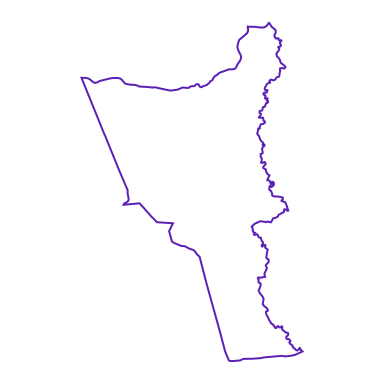 Siloe, Mohale's Hoek, Lesotho
{"feature_id": "5366337B49038686470651", "entity_name": "Siloe", "entity_type": "district", "adm_level": 2, "iso_a3": "LSO", "parent_name": "Lesotho", "parent_adm1": "Mohale's Hoek", "projection": "mercator", "projection_center": [27.347, -29.998], "detail": "fine", "context": "isolated", "style": "outline", "palette": "violet", "viewbox_px": 384, "rotation_deg": 0, "n_neighbors": 0, "source": "geoboundaries", "source_scale": "gbopen_adm2", "svg_char_len": 5935}
<svg xmlns="http://www.w3.org/2000/svg" viewBox="0 0 384 384"><path d="M288.2,210.6L286.5,205.2L285.4,202.5L284.9,202.0L281.7,201.1L281.5,200.6L281.5,200.4L282.7,199.3L283.0,198.7L282.8,197.7L281.6,197.2L280.3,196.9L277.2,196.5L274.4,196.5L272.4,195.8L272.1,195.2L272.1,193.5L271.1,191.0L269.7,190.1L269.2,189.5L269.5,186.5L269.7,186.1L270.4,186.0L271.0,186.8L271.6,187.0L273.2,185.7L273.8,185.0L274.0,183.9L273.9,183.2L273.7,182.5L273.2,182.1L272.6,181.8L272.0,181.8L271.8,182.1L272.3,183.0L272.3,183.7L272.0,184.2L271.2,184.4L270.7,183.9L269.8,181.1L268.7,180.2L267.4,180.4L267.4,179.8L267.6,178.9L269.5,175.6L269.5,175.3L268.0,174.4L267.0,173.3L266.0,171.2L265.8,170.2L265.9,169.5L263.4,168.1L263.2,167.7L263.3,166.8L264.3,165.5L265.4,164.7L265.6,163.9L265.2,162.4L264.5,162.0L262.3,163.0L261.1,162.5L261.6,161.0L261.8,158.6L260.8,156.9L260.6,155.8L260.9,154.8L260.7,154.0L262.6,153.2L262.7,152.4L262.0,148.8L262.6,147.6L264.5,145.6L264.6,145.0L264.3,144.6L263.0,145.2L262.7,145.0L262.6,144.5L263.2,143.6L262.9,142.6L261.0,140.8L260.1,139.4L258.9,135.8L257.9,134.9L257.7,134.2L257.2,133.7L258.1,130.4L258.1,128.8L258.3,128.5L259.3,128.7L259.7,128.5L259.8,126.3L260.8,124.4L261.2,124.2L263.4,123.9L264.1,123.0L264.8,122.8L265.1,122.0L264.2,120.9L263.4,120.4L263.4,119.4L263.0,117.8L262.6,117.6L260.5,117.8L259.2,117.6L258.9,117.3L259.0,117.0L260.4,115.5L261.1,114.1L261.0,113.8L259.6,112.8L259.4,112.1L259.6,111.3L259.9,111.0L261.7,110.6L262.2,110.1L262.6,109.1L262.6,107.9L262.9,107.3L263.5,106.9L264.6,106.9L265.1,105.9L266.1,103.3L266.3,103.1L267.5,102.8L268.1,102.2L268.1,101.6L267.8,100.9L266.7,100.6L266.6,100.3L266.8,99.7L267.6,98.8L267.5,98.3L265.8,98.5L265.0,98.3L265.6,96.0L264.7,95.4L264.6,94.8L263.7,94.6L263.4,93.8L263.4,93.4L264.2,92.8L265.3,92.5L266.3,92.7L266.8,92.4L267.0,91.3L267.5,90.5L267.5,90.3L267.0,90.1L265.4,90.2L264.9,89.4L264.7,88.9L265.1,87.3L267.0,84.0L267.6,83.5L270.1,82.7L270.1,82.2L269.3,81.4L269.7,80.5L270.1,80.1L271.3,79.6L273.0,80.3L273.6,80.3L275.0,79.7L275.8,78.8L276.6,77.3L279.0,76.6L279.4,75.5L279.5,73.8L280.2,70.8L280.2,70.3L279.9,69.6L280.1,68.4L281.7,68.0L282.6,68.1L283.7,68.5L284.2,68.5L285.0,67.9L285.4,67.1L285.3,66.5L282.7,64.2L281.3,63.4L280.6,62.4L279.8,59.6L278.3,57.5L276.9,56.4L276.4,54.5L276.8,52.9L278.5,50.9L279.3,49.2L279.0,48.2L278.3,47.4L278.4,46.9L280.1,46.6L280.8,45.8L281.0,45.2L280.1,43.7L280.0,42.3L281.1,41.2L281.4,40.7L280.9,40.1L280.3,40.4L279.1,40.3L278.4,39.5L278.6,38.6L278.2,38.2L277.3,38.2L276.3,38.5L275.6,38.4L274.3,35.7L275.8,32.2L275.7,30.8L275.4,30.0L274.7,29.2L273.9,28.8L273.3,28.0L271.8,27.0L269.4,23.2L268.6,23.0L268.1,24.2L266.8,25.7L264.9,27.1L263.4,27.5L258.8,27.4L256.2,26.9L248.5,26.7L247.8,26.5L247.7,27.4L248.1,28.9L247.9,31.7L247.2,32.5L247.0,33.3L239.3,39.8L238.6,41.4L237.5,45.9L237.5,47.8L238.8,51.5L240.7,55.1L241.2,57.6L240.1,60.7L237.4,64.4L237.1,65.3L236.0,67.6L234.8,68.7L233.9,69.0L232.7,69.3L228.8,69.3L222.9,71.6L221.2,72.0L219.5,72.9L218.6,73.4L217.1,74.9L214.8,76.2L213.5,77.8L212.6,79.8L211.7,80.6L210.6,81.1L210.0,81.6L209.3,82.9L206.7,85.0L202.8,86.3L202.2,86.8L201.2,87.2L200.4,87.1L199.1,85.6L198.5,84.4L197.6,84.1L196.2,84.4L195.0,85.6L194.1,86.1L191.6,86.2L190.5,86.6L189.7,86.9L189.0,87.7L187.8,88.0L183.1,87.5L181.9,87.8L177.7,89.6L170.7,90.6L166.9,89.9L154.5,87.2L152.7,87.6L147.6,87.0L138.9,86.5L137.6,85.6L134.8,84.9L130.5,84.7L126.4,84.0L125.1,83.6L122.1,80.1L120.3,78.5L117.8,78.0L112.9,78.0L110.2,78.4L99.7,81.0L97.4,82.3L95.1,82.9L93.3,82.2L89.5,79.1L87.8,78.3L85.2,77.9L81.5,77.8L104.5,134.6L104.9,135.2L119.3,170.7L127.6,190.1L127.6,193.7L128.5,197.7L128.6,200.1L127.5,201.8L124.1,203.6L123.6,204.8L139.5,203.3L142.5,206.5L151.6,216.8L153.4,218.5L156.9,222.2L173.0,223.3L169.1,231.1L172.0,241.7L174.5,243.1L181.2,245.9L184.7,246.2L189.2,248.6L192.8,249.8L194.3,250.6L197.4,254.8L199.6,256.8L206.7,284.1L220.0,332.0L225.1,351.4L229.0,360.6L230.1,361.0L234.0,361.0L240.1,360.4L243.3,358.9L252.7,358.7L260.8,358.1L264.0,357.4L280.0,356.0L282.2,355.9L285.0,356.4L289.3,356.0L294.6,355.0L302.5,351.5L301.3,350.2L300.7,350.0L300.3,349.4L300.2,348.3L299.6,348.0L298.3,349.8L297.3,350.5L296.2,350.2L294.1,348.1L292.9,347.3L292.7,347.0L292.6,345.6L290.2,343.9L289.4,342.6L289.4,342.2L290.4,341.4L289.8,340.0L289.2,339.4L288.5,339.1L286.8,339.0L286.3,338.1L286.2,337.4L286.5,336.5L287.8,335.6L288.2,334.7L288.2,333.6L287.9,333.0L286.7,332.8L285.1,332.0L282.4,329.6L281.9,328.4L282.3,327.0L282.1,326.4L281.9,326.3L280.3,327.3L279.4,327.4L278.0,326.1L276.9,326.8L276.5,327.8L275.6,328.0L275.0,327.7L274.4,326.3L273.5,325.6L273.4,324.7L271.7,323.8L270.8,323.0L270.5,322.0L269.0,319.9L268.1,317.3L266.6,315.1L266.1,313.7L266.0,311.9L266.3,311.4L267.6,310.9L267.9,310.5L267.6,309.5L266.9,308.2L263.8,305.7L262.7,304.1L263.6,298.9L262.8,297.0L261.8,295.5L259.8,293.1L258.7,290.8L258.7,290.2L259.6,288.4L260.6,285.5L260.7,283.8L260.3,283.2L259.0,282.7L258.5,282.2L258.3,281.6L258.8,279.8L257.9,278.5L257.8,278.0L258.0,277.6L258.6,277.5L261.9,277.6L264.0,276.8L265.0,277.0L265.1,276.4L264.5,274.6L264.4,273.7L266.9,268.3L266.7,267.5L265.7,265.5L266.4,264.4L268.2,262.7L268.7,261.5L268.7,259.9L268.3,259.2L267.3,258.9L266.3,257.6L266.8,254.3L266.7,253.6L267.4,251.0L267.7,249.6L265.2,247.6L265.1,246.3L265.5,245.5L265.4,245.1L265.1,244.9L264.1,245.2L262.5,246.5L262.0,246.5L261.8,246.0L261.8,245.1L262.3,244.3L262.8,243.9L263.0,242.9L262.8,242.0L262.4,241.7L261.4,240.1L260.9,237.8L258.8,237.3L257.4,234.6L257.0,234.2L255.2,234.8L254.1,234.9L253.9,234.6L254.9,232.8L254.0,232.7L253.4,232.2L253.2,231.3L252.7,230.7L252.9,229.4L252.4,227.9L251.9,227.1L251.8,226.4L253.2,225.4L253.8,224.4L256.4,222.9L257.2,222.8L258.4,221.9L260.5,221.3L265.0,221.8L265.6,222.2L267.5,221.6L268.2,221.6L270.4,222.4L271.3,222.1L271.7,220.8L273.4,218.2L275.4,217.9L277.8,216.6L278.5,214.9L281.4,213.4L281.9,212.8L283.5,212.4L284.1,211.6L284.0,209.7L284.6,209.3L285.8,209.5L287.2,210.7L288.2,210.6Z" fill="none" stroke="#5b21b6" stroke-width="2"/></svg>